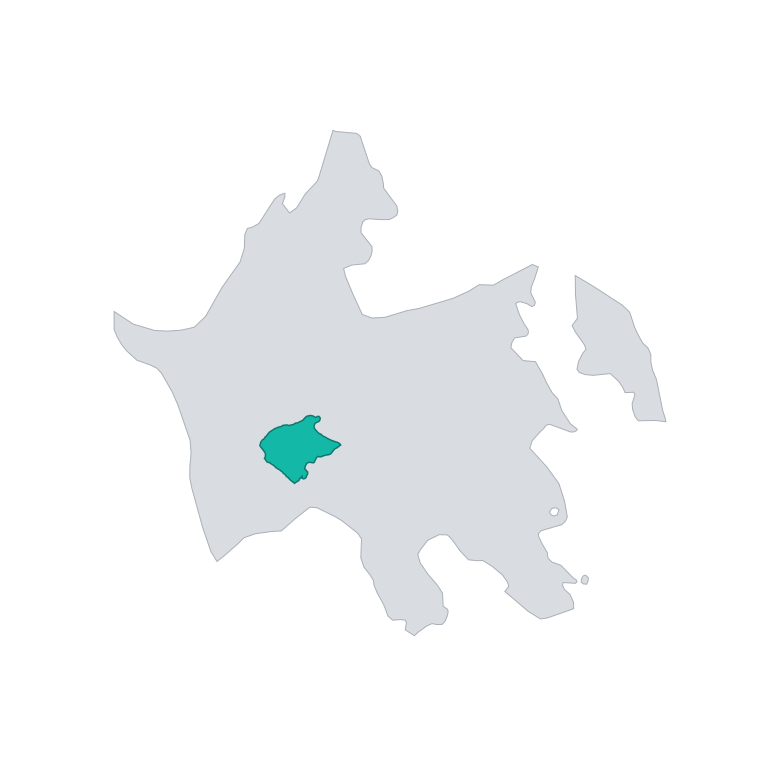 location of Ismailli District, İsmayıllı, Azerbaijan, rotated 199°
{"feature_id": "54616110B45290451128830", "entity_name": "Ismailli District", "entity_type": "district", "adm_level": 2, "iso_a3": "AZE", "parent_name": "Azerbaijan", "parent_adm1": "İsmayıllı", "projection": "equal_earth", "projection_center": [48.125, 40.803], "detail": "fine", "context": "in_parent", "style": "filled", "palette": "teal", "viewbox_px": 768, "rotation_deg": 199, "n_neighbors": 0, "source": "geoboundaries", "source_scale": "gbopen_adm2", "svg_char_len": 5660}
<svg xmlns="http://www.w3.org/2000/svg" viewBox="0 0 768 768"><g transform="rotate(199 384 384)"><path d="M514.8,607.3L512.0,607.0L491.4,612.1L487.1,610.5L469.4,587.3L465.8,584.7L458.2,583.7L453.8,579.9L450.1,573.7L448.1,569.1L429.9,556.5L427.2,551.9L426.8,547.9L429.5,544.3L432.6,541.2L441.4,538.1L451.8,535.4L455.1,533.5L456.8,530.2L456.7,524.8L455.0,519.6L440.1,510.0L438.5,505.9L438.0,500.9L438.9,495.6L441.2,491.5L453.3,485.9L459.8,480.1L455.7,473.6L442.7,458.9L427.2,442.7L416.8,442.5L404.9,447.3L385.8,461.1L375.2,467.0L361.5,476.8L346.4,487.7L334.1,499.3L326.3,508.9L312.7,513.1L305.7,521.1L282.6,545.3L276.2,544.9L275.9,533.0L276.3,523.5L274.9,518.0L267.5,510.5L267.4,507.3L269.5,505.3L275.1,506.5L282.4,506.1L285.9,503.2L278.2,493.3L271.3,486.7L265.5,482.3L264.2,479.6L264.2,477.7L265.4,475.5L275.5,470.1L276.6,465.1L275.9,459.6L260.1,451.4L248.1,454.4L237.5,445.2L230.7,438.1L222.2,430.5L214.6,426.4L207.3,416.8L194.7,407.0L186.6,404.2L186.7,402.7L188.2,400.9L191.6,399.4L214.3,399.8L217.1,398.0L218.6,393.8L221.7,387.6L225.5,378.4L225.2,370.7L202.6,358.3L186.2,346.8L175.0,331.8L167.4,318.0L167.8,313.4L170.0,309.0L187.8,296.4L189.1,293.1L188.7,290.8L182.5,284.4L174.7,277.7L172.3,272.8L167.3,270.3L157.9,270.2L141.5,262.0L138.0,261.2L137.2,259.6L138.0,257.9L149.9,254.6L149.8,251.9L146.2,248.3L139.6,245.6L133.6,239.1L131.5,233.3L153.1,216.2L159.5,212.8L173.4,215.9L202.2,227.2L200.1,233.5L203.0,237.1L209.6,241.9L222.3,246.8L233.1,249.3L238.6,247.2L246.9,245.3L257.7,251.0L267.6,258.1L272.5,261.0L275.2,261.9L282.8,259.5L291.9,250.3L295.6,239.2L296.6,233.8L291.4,226.5L280.6,218.5L268.4,211.4L260.6,205.3L255.7,193.1L250.7,191.7L249.4,190.1L248.6,186.0L248.9,180.2L250.7,175.7L255.6,173.8L260.6,173.1L265.1,168.8L270.9,160.5L273.3,155.9L283.9,158.5L285.2,166.0L287.1,167.6L291.5,166.7L298.9,163.5L304.7,165.9L312.1,174.9L322.4,184.3L328.0,190.6L330.2,195.0L335.4,199.2L343.2,204.2L349.3,212.0L354.8,230.2L360.3,234.4L380.3,241.3L387.4,242.7L407.1,245.2L414.0,243.4L424.1,227.7L433.3,211.6L441.8,208.2L457.1,200.4L466.3,193.1L470.2,185.2L478.8,170.2L484.1,161.8L493.2,169.3L508.9,189.5L531.5,222.5L537.0,231.9L540.7,242.8L543.9,255.9L549.0,267.6L572.0,297.0L581.9,307.8L598.1,321.9L603.9,325.0L611.4,325.9L625.2,326.0L638.0,331.5L644.3,335.4L650.9,341.0L656.8,347.4L662.8,364.7L640.6,359.0L618.4,359.9L605.8,363.6L593.6,368.7L581.9,375.9L574.7,389.8L568.7,422.2L559.8,452.6L560.2,466.7L564.3,480.2L563.8,486.6L559.7,489.3L554.5,495.1L547.7,523.1L544.3,528.6L539.9,532.1L538.6,528.8L538.8,521.5L529.0,515.0L523.9,522.2L520.4,537.7L513.2,553.9L512.9,557.0L514.8,607.3ZM184.9,320.9L185.9,316.6L183.1,314.6L180.2,314.5L177.6,316.7L177.6,322.0L181.1,323.0L184.9,320.9ZM109.9,447.1L106.6,442.6L105.2,440.1L115.1,438.0L131.6,432.0L136.0,434.9L140.7,441.0L143.0,446.3L143.3,456.0L145.3,457.5L153.3,454.3L156.8,458.2L162.9,462.9L173.5,467.5L189.0,460.3L196.7,458.4L203.0,458.5L206.3,460.8L207.4,468.4L206.1,477.7L204.3,482.8L207.5,486.5L220.0,495.5L225.2,500.5L222.5,509.2L231.8,530.3L234.8,538.6L238.5,548.8L219.2,544.8L184.5,536.2L175.0,531.8L166.1,520.0L160.8,514.3L152.9,507.0L146.4,504.2L141.5,499.1L138.8,491.6L134.8,484.8L127.8,476.9L112.0,449.9L109.9,447.1ZM133.2,267.4L131.1,268.9L127.8,267.4L126.9,264.2L127.2,260.7L130.4,259.9L133.1,260.9L133.8,264.0L133.2,267.4Z" fill="#d9dde1" stroke="#a8b0b8" stroke-width="1"/><path d="M436.4,260.9L435.7,261.8L435.1,262.6L434.3,263.6L433.5,264.4L433.0,265.2L433.1,266.4L432.4,267.6L432.1,268.3L431.8,269.6L431.5,270.1L431.3,269.7L431.1,268.9L430.6,268.1L429.3,268.1L428.5,268.5L427.9,269.1L427.5,269.7L427.2,270.5L427.3,271.6L427.1,272.9L426.9,274.0L427.3,275.2L427.5,276.0L428.7,276.4L429.5,277.1L431.5,278.2L431.6,279.6L431.6,281.1L431.3,283.3L430.9,284.3L429.7,285.3L428.5,285.9L426.0,286.2L425.1,286.5L424.4,287.3L424.4,288.9L424.1,290.4L424.0,291.8L423.5,293.1L423.1,294.0L422.2,293.9L421.7,294.1L421.0,294.2L420.1,294.6L419.3,295.1L418.9,295.3L418.3,296.3L417.3,296.6L416.9,297.1L415.9,297.9L415.1,298.3L414.1,298.6L413.2,299.3L412.5,299.7L411.8,300.4L411.4,301.2L411.3,301.8L410.7,302.9L410.5,303.7L410.3,304.6L409.8,305.6L409.7,306.1L409.4,306.6L408.9,307.2L408.5,307.7L407.9,308.1L407.5,308.6L407.2,309.1L406.9,309.7L406.3,310.4L406.0,310.8L405.8,311.8L405.2,312.0L405.6,312.8L408.1,313.6L410.2,313.6L412.5,313.6L414.9,313.6L416.5,313.7L420.2,314.2L422.7,314.7L424.7,314.9L426.0,315.3L427.0,316.0L429.2,316.1L430.8,316.7L432.5,317.7L433.9,318.4L434.8,319.0L435.8,320.0L436.4,321.4L436.5,322.6L436.4,324.3L435.5,325.4L434.5,326.4L433.6,327.2L433.0,328.2L432.9,329.8L433.3,331.2L434.4,331.9L435.1,332.2L435.5,332.0L436.4,331.7L437.4,330.3L438.4,330.1L439.6,330.5L441.1,330.6L441.3,330.6L443.5,330.3L444.6,329.5L446.4,328.5L447.1,327.5L447.9,325.9L448.5,324.4L449.2,323.0L450.8,321.4L451.8,320.5L452.9,319.1L453.5,318.9L454.6,318.5L455.7,317.2L456.1,316.6L457.7,315.5L458.6,315.0L459.9,313.9L462.0,313.8L464.5,312.8L466.4,311.8L467.1,310.5L468.4,309.6L469.8,308.9L470.7,308.0L472.1,306.8L473.4,305.5L474.0,304.5L475.0,303.3L476.1,302.0L476.9,300.7L477.4,299.2L478.3,296.3L479.1,295.4L479.1,294.6L479.6,293.2L479.9,292.6L480.6,291.9L480.9,291.2L481.1,290.4L481.5,289.5L481.5,288.1L481.3,285.4L479.9,284.2L476.5,282.1L473.7,279.9L473.0,278.5L472.5,276.1L472.8,274.7L472.0,274.3L471.3,273.8L470.2,272.8L469.4,272.3L468.0,272.1L466.7,272.4L464.7,271.8L463.0,271.3L461.5,271.1L460.2,270.3L459.0,269.8L457.8,269.4L456.9,269.2L455.3,269.0L454.3,268.7L453.1,268.2L451.8,267.9L450.7,267.2L450.0,266.7L448.6,266.4L447.5,265.9L447.0,265.6L446.2,264.7L444.6,264.6L443.8,263.9L442.8,263.7L442.4,263.2L440.7,262.5L439.0,261.9L437.3,261.4L436.4,260.9Z" fill="#14b8a6" stroke="#0f766e" stroke-width="1.5"/></g></svg>